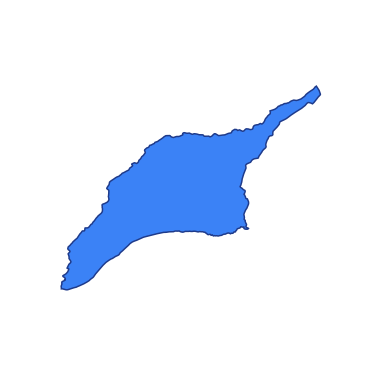 Icononzo, Tolima, Colombia, rotated 235°
{"feature_id": "7082276B29994839767067", "entity_name": "Icononzo", "entity_type": "district", "adm_level": 2, "iso_a3": "COL", "parent_name": "Colombia", "parent_adm1": "Tolima", "projection": "equal_earth", "projection_center": [-74.537, 4.121], "detail": "fine", "context": "isolated", "style": "filled", "palette": "blue", "viewbox_px": 384, "rotation_deg": 235, "n_neighbors": 0, "source": "geoboundaries", "source_scale": "gbopen_adm2", "svg_char_len": 6063}
<svg xmlns="http://www.w3.org/2000/svg" viewBox="0 0 384 384"><g transform="rotate(235 192 192)"><path d="M187.6,29.4L186.9,30.4L184.1,32.8L183.4,33.8L183.1,34.5L181.3,40.4L180.4,42.7L180.2,44.1L179.8,45.8L178.9,50.6L178.5,54.4L178.4,57.0L178.7,58.6L178.8,62.0L179.0,62.8L180.2,66.0L183.0,76.9L183.7,81.2L183.7,85.1L183.6,87.0L183.2,88.8L183.1,92.3L182.6,94.9L182.5,95.9L182.7,96.7L183.4,98.4L183.7,101.5L184.1,104.1L184.8,109.2L185.3,111.7L185.3,112.9L185.3,114.5L184.8,116.9L184.2,119.0L182.9,125.9L182.5,127.2L177.8,139.6L175.2,145.6L173.8,147.8L172.4,150.6L170.2,153.9L169.6,155.9L167.9,158.2L167.5,159.1L166.2,159.7L164.8,160.9L164.1,162.0L163.7,163.6L163.4,164.2L161.6,166.7L161.2,167.6L160.2,168.6L159.5,169.6L159.4,169.9L158.7,171.2L157.8,172.3L155.8,174.1L155.3,175.4L153.7,177.3L153.3,178.0L152.4,178.6L151.5,179.6L150.8,179.6L149.8,180.2L148.6,180.3L148.0,180.6L147.7,180.9L147.0,182.5L146.3,182.8L145.6,182.8L145.4,183.1L145.2,184.0L144.1,184.2L143.6,184.5L143.3,185.5L142.5,186.2L142.0,187.2L141.0,188.1L140.6,189.0L140.4,189.8L139.8,190.8L139.5,191.6L139.3,193.5L138.3,195.4L138.2,196.5L138.0,197.3L137.6,198.2L137.0,198.8L136.3,199.4L135.8,199.4L135.7,199.6L135.5,200.8L134.8,201.7L134.8,202.3L135.1,203.2L135.1,203.6L135.0,203.9L134.6,204.2L134.5,204.8L135.0,205.6L135.2,206.7L135.8,207.8L135.8,208.4L135.3,209.8L135.1,210.8L135.1,211.3L135.5,211.8L135.5,212.1L135.4,212.3L134.1,213.4L133.6,214.4L133.2,214.3L132.7,213.8L132.2,213.7L131.5,214.0L130.9,214.5L130.1,215.5L129.7,216.2L129.6,216.8L129.7,217.4L129.9,217.4L131.3,216.6L132.1,216.3L132.6,216.3L133.2,216.9L133.7,217.7L134.1,218.0L134.6,218.2L135.7,218.2L136.0,218.4L137.2,218.6L138.3,219.3L139.3,219.1L139.8,219.1L140.9,220.2L142.4,221.0L143.6,221.4L144.6,222.5L146.2,225.1L146.6,225.8L147.2,227.5L149.5,231.1L150.4,232.0L151.6,232.7L154.6,233.4L155.3,232.7L156.0,232.5L157.8,233.1L158.3,233.1L159.3,233.4L160.1,233.2L160.5,233.6L160.9,234.5L161.8,235.7L162.3,236.1L162.7,236.2L163.1,236.2L164.5,235.4L166.2,235.2L168.0,234.4L169.0,234.6L169.5,235.8L169.8,236.2L170.5,237.0L171.6,238.4L174.0,240.7L177.2,244.8L180.5,249.8L181.5,250.5L182.4,250.8L183.0,251.2L183.3,251.7L183.5,252.4L183.5,253.5L182.8,256.9L183.0,257.7L183.5,258.7L183.7,259.5L183.7,260.8L183.5,262.0L183.1,262.9L181.9,265.4L181.9,266.0L182.5,266.6L183.0,267.6L184.7,272.2L185.3,273.3L185.7,275.0L185.9,277.1L186.1,278.0L186.8,278.8L188.0,279.3L188.6,279.7L189.2,280.3L191.3,283.1L192.0,284.8L193.0,286.3L193.2,286.9L193.2,287.6L193.1,288.4L192.4,289.7L192.4,290.7L192.7,291.2L194.0,292.0L195.3,293.3L196.4,298.9L197.4,302.2L197.9,302.9L198.7,303.6L198.9,304.2L199.0,304.8L198.2,309.7L198.0,311.6L198.2,317.5L198.1,322.2L197.7,329.8L198.0,334.4L198.7,337.0L198.7,338.2L198.3,339.0L196.9,340.2L195.1,341.3L195.4,343.3L196.4,346.7L197.4,349.8L197.9,352.3L198.1,352.9L198.5,353.3L202.3,354.4L207.4,354.6L207.4,353.0L207.1,352.3L206.6,350.4L206.6,349.5L206.7,347.5L206.7,344.2L206.5,341.4L205.8,339.2L205.7,334.7L206.5,331.5L207.1,330.0L208.9,328.1L209.4,326.4L209.7,324.8L209.6,322.6L209.8,321.9L210.2,321.2L210.4,320.0L211.1,319.0L211.5,318.2L211.6,316.3L212.4,314.2L212.2,313.2L212.6,312.3L212.7,311.7L212.3,310.1L212.2,307.9L212.6,306.1L213.7,302.4L212.1,301.7L211.3,301.0L210.9,297.7L210.4,296.4L210.0,294.6L209.6,293.7L208.3,291.7L207.6,289.6L207.6,288.4L207.8,288.0L208.8,287.4L209.0,287.0L209.2,284.8L209.9,283.6L210.6,281.9L210.7,280.8L210.5,280.1L210.3,279.6L209.0,278.1L208.9,277.3L209.1,276.7L209.7,275.5L211.3,274.3L212.6,272.7L212.7,272.3L212.7,271.5L212.3,269.5L212.6,268.5L212.9,268.2L214.1,267.5L214.3,267.2L215.1,267.0L215.6,266.6L215.8,266.3L216.1,264.9L216.2,264.7L217.5,264.4L218.8,262.9L219.0,260.3L218.9,259.8L218.1,258.4L218.1,257.6L218.9,256.0L219.2,255.2L220.0,251.6L221.0,249.9L222.8,246.3L223.4,245.9L226.1,244.7L226.8,243.9L226.9,243.0L226.4,240.1L226.8,238.5L227.0,238.3L228.1,237.8L230.5,234.2L231.1,233.9L232.1,233.9L232.7,233.5L234.8,230.7L236.6,229.3L238.0,227.8L238.5,227.2L239.0,225.6L239.2,225.2L241.8,223.6L243.0,221.5L244.4,220.3L245.1,219.6L245.3,219.0L245.3,218.0L245.1,217.8L244.4,217.5L244.2,217.3L244.2,216.8L244.7,214.0L245.1,212.9L246.2,211.4L246.5,210.7L247.3,208.0L248.4,207.1L249.4,206.5L250.5,206.4L251.1,206.0L252.8,203.4L253.1,202.9L253.3,200.9L253.2,199.9L253.1,199.2L253.1,196.8L253.2,194.8L253.1,192.8L253.9,190.2L253.8,189.9L253.4,189.0L253.4,188.8L253.7,187.5L253.9,185.3L254.4,184.6L254.4,183.9L253.7,182.8L253.7,182.5L253.6,181.6L254.0,180.4L253.9,178.8L253.7,177.5L253.1,176.9L251.6,176.6L250.9,176.1L249.9,173.2L249.7,171.0L248.7,169.0L248.4,166.7L247.4,165.4L247.1,164.4L247.1,163.1L247.7,162.6L248.4,162.1L249.1,161.4L249.1,160.7L249.5,159.3L249.5,158.9L249.0,158.4L248.2,158.6L247.6,158.4L247.3,157.2L247.3,154.7L246.5,153.3L246.3,152.5L246.7,150.2L247.0,147.3L247.4,145.6L247.0,143.9L247.0,142.5L246.8,141.3L247.4,139.0L247.5,137.6L247.5,134.6L247.6,132.1L247.5,131.1L247.4,130.2L246.6,129.3L245.7,128.5L244.6,125.6L244.0,124.4L243.7,124.2L243.3,124.2L241.4,124.8L240.7,124.6L238.2,122.7L237.8,122.3L237.1,121.8L236.4,121.0L233.7,119.8L233.1,119.1L232.5,118.0L232.3,116.7L232.6,114.2L233.2,112.0L233.2,111.3L232.9,110.8L231.8,110.3L231.1,109.7L229.7,109.1L228.4,108.2L227.5,107.4L226.9,106.3L226.6,105.2L226.3,101.4L226.0,100.6L225.5,98.4L224.4,95.4L224.1,93.7L223.2,91.7L223.4,90.7L222.4,87.5L222.4,86.3L222.7,85.5L223.6,84.3L223.8,83.6L222.5,82.5L222.0,81.7L222.1,81.1L222.8,80.2L222.9,79.4L222.4,78.2L221.9,76.0L220.0,71.3L219.9,69.3L219.4,65.7L219.0,64.8L218.7,62.9L218.3,61.6L218.0,59.1L217.0,57.9L216.5,57.6L215.7,57.6L214.0,58.1L213.4,58.0L213.0,57.5L212.5,55.2L212.0,54.9L210.3,54.5L209.1,53.9L208.0,53.1L204.7,53.0L204.1,52.6L203.7,51.8L203.4,49.8L201.5,46.3L201.3,46.0L201.0,46.0L200.8,46.1L200.3,46.8L199.6,46.9L199.0,46.2L197.9,44.4L197.3,42.1L197.3,40.4L197.5,38.9L197.4,38.1L197.0,37.9L196.2,38.0L195.2,38.6L194.9,38.6L193.7,38.5L193.0,38.0L192.9,37.9L193.4,37.7L193.1,37.1L192.8,37.1L192.7,36.9L192.7,36.2L193.0,34.7L192.9,33.7L191.0,32.4L190.3,31.3L189.5,30.5L188.3,30.0L187.6,29.4Z" fill="#3b82f6" stroke="#1e3a8a" stroke-width="1.5"/></g></svg>